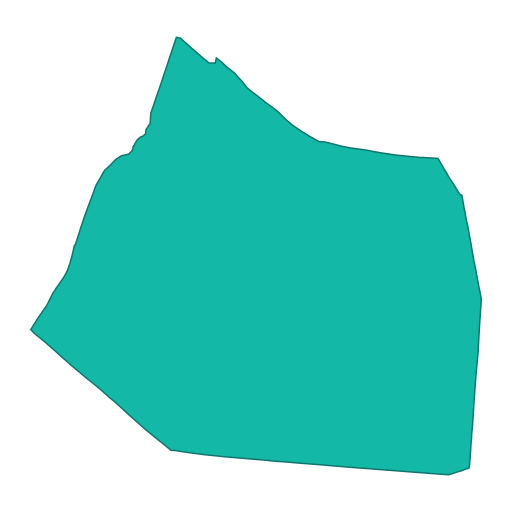 the district of Al-Salman, Al-Muthannia, Iraq
{"feature_id": "34846034B73479794656328", "entity_name": "Al-Salman", "entity_type": "district", "adm_level": 2, "iso_a3": "IRQ", "parent_name": "Iraq", "parent_adm1": "Al-Muthannia", "projection": "orthographic", "projection_center": [45.251, 30.248], "detail": "fine", "context": "isolated", "style": "filled", "palette": "teal", "viewbox_px": 512, "rotation_deg": 0, "n_neighbors": 0, "source": "geoboundaries", "source_scale": "gbopen_adm2", "svg_char_len": 3700}
<svg xmlns="http://www.w3.org/2000/svg" viewBox="0 0 512 512"><path d="M176.4,37.3L175.5,39.8L174.0,44.4L169.9,56.7L165.7,69.5L164.2,73.7L161.8,81.2L159.4,88.3L156.9,95.2L155.1,100.7L151.3,111.8L150.9,112.6L150.5,117.7L150.1,123.5L145.9,129.8L145.7,133.6L143.9,135.3L143.1,136.1L141.0,136.8L140.4,137.2L138.5,138.8L137.7,139.4L136.6,140.9L133.9,145.5L133.0,146.8L133.0,148.5L132.1,150.4L131.8,151.4L131.0,151.9L129.4,153.3L128.5,154.3L127.3,154.4L125.4,154.9L123.0,155.4L121.8,155.6L121.3,155.8L119.7,156.9L117.7,158.2L116.4,159.0L115.3,159.9L113.8,161.4L112.0,163.3L109.8,165.6L107.7,167.5L106.5,168.7L105.5,169.7L104.7,170.2L102.9,173.1L100.8,177.1L99.7,179.0L97.6,182.5L96.2,185.0L95.2,187.4L92.9,193.9L87.2,209.1L84.4,216.8L82.6,222.3L80.7,227.7L78.9,233.7L77.3,238.7L76.2,241.9L75.8,243.3L75.5,244.1L74.4,245.6L73.8,248.1L72.9,252.0L71.5,257.8L70.3,261.8L69.9,263.7L68.9,266.0L68.3,268.2L67.7,269.4L67.4,270.6L66.6,272.0L65.3,274.6L63.8,277.2L62.0,279.9L60.3,282.3L58.1,285.5L56.8,287.3L55.7,288.8L55.2,289.8L53.4,292.3L51.9,295.1L50.4,298.3L49.3,300.2L48.2,302.6L47.5,304.0L46.9,305.1L45.8,306.9L43.1,310.6L41.3,313.3L39.5,315.8L37.4,319.0L35.8,321.5L34.9,323.1L34.0,324.3L32.7,326.5L31.4,328.7L30.7,329.5L32.4,331.3L34.4,333.4L38.2,336.5L45.0,342.1L51.2,347.5L55.3,351.1L59.7,355.2L63.5,358.5L66.4,361.0L70.6,364.8L71.1,365.3L77.4,370.5L81.9,374.3L87.7,379.1L92.7,383.0L99.2,388.4L103.3,392.0L109.1,397.2L113.6,400.9L121.1,407.6L129.5,415.4L138.5,423.3L145.3,429.4L157.7,439.5L168.9,448.5L170.9,450.3L174.3,450.5L175.3,450.5L180.7,451.4L189.4,452.7L204.5,454.7L216.5,455.9L224.7,456.8L232.2,457.4L240.6,458.1L251.0,459.0L264.5,460.1L269.2,460.6L273.2,461.0L277.4,461.4L285.1,461.9L301.4,463.3L309.3,463.9L310.3,464.0L322.5,464.9L327.6,465.4L338.7,466.3L347.9,467.1L356.7,467.8L368.2,468.6L375.1,469.2L380.3,469.6L382.7,469.7L385.5,470.0L391.1,470.4L401.7,471.2L410.2,471.9L417.1,472.4L423.7,472.9L432.6,473.6L440.7,474.2L446.2,474.6L448.7,474.7L451.0,474.1L456.5,472.2L461.7,470.7L465.9,469.0L467.5,468.6L468.9,468.1L469.4,466.1L469.7,463.7L469.8,461.2L470.1,458.2L470.8,448.0L470.9,445.5L471.1,442.8L471.6,437.5L471.6,435.0L472.3,428.2L472.8,421.1L473.6,408.8L474.2,399.6L474.6,393.7L475.2,385.9L476.2,371.9L477.3,361.2L478.1,351.8L478.3,348.6L478.7,339.8L479.3,330.5L479.7,323.0L480.0,318.8L481.1,302.6L481.3,300.1L481.2,298.5L480.3,293.6L479.2,288.3L477.6,279.8L476.5,274.0L475.5,268.5L474.5,263.5L473.6,259.3L473.6,258.8L472.4,252.3L470.7,242.0L469.6,236.3L469.1,233.8L469.0,232.7L468.3,229.3L467.6,225.1L466.5,220.7L465.9,217.6L465.2,213.1L464.2,208.6L463.5,204.5L462.8,200.5L462.2,197.4L462.1,196.4L461.9,195.1L460.7,195.0L460.3,194.9L459.1,193.3L456.5,189.0L453.6,184.3L449.8,178.6L447.6,174.9L446.1,172.0L443.5,168.1L442.7,166.3L441.0,163.6L439.7,161.3L438.5,159.2L437.9,158.4L436.1,158.3L433.4,158.1L429.4,157.9L427.5,157.8L423.9,157.5L420.2,157.5L415.8,157.0L412.6,156.8L401.5,155.6L396.6,155.2L391.5,154.4L388.9,154.0L386.7,153.7L380.8,152.8L376.4,152.0L370.8,151.0L368.7,150.5L366.4,150.2L363.6,149.7L359.7,149.2L357.6,148.9L355.4,148.6L353.1,148.3L350.9,148.0L348.0,147.5L346.7,147.2L345.6,147.0L342.0,146.3L337.3,145.1L333.2,144.0L331.3,143.6L327.3,142.5L324.5,141.9L323.7,141.9L318.8,141.5L309.4,136.2L301.0,131.0L293.1,125.6L286.7,120.3L281.2,114.9L279.7,113.4L278.1,111.8L272.2,107.2L266.4,103.1L264.9,101.9L260.1,98.0L254.8,93.9L250.1,90.4L246.6,87.3L242.5,81.8L238.5,77.7L234.8,73.3L230.7,70.0L230.6,69.9L226.4,66.7L221.9,62.3L216.4,58.0L215.3,63.0L213.4,63.0L211.4,63.0L209.0,63.0L206.6,60.9L204.2,59.1L200.1,55.5L195.6,51.7L190.0,46.7L187.5,44.4L184.0,41.4L181.3,39.0L180.6,38.1L179.4,38.1L177.7,37.5L176.4,37.3Z" fill="#14b8a6" stroke="#0f766e" stroke-width="1.5"/></svg>